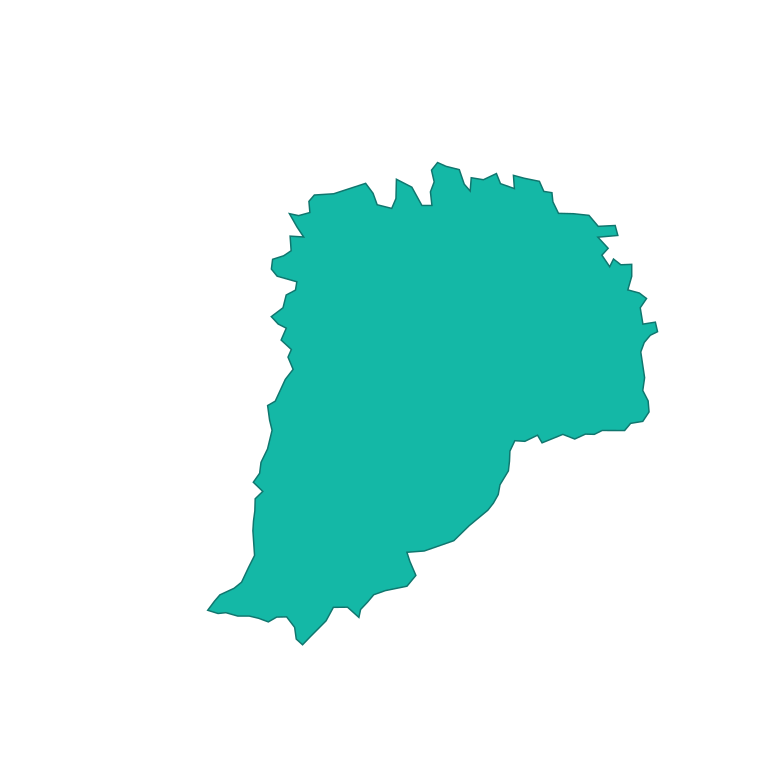 the district of Bom Jesus do Sul, Paraná, Brazil, rotated 321°
{"feature_id": "56859067B42823585611232", "entity_name": "Bom Jesus do Sul", "entity_type": "district", "adm_level": 2, "iso_a3": "BRA", "parent_name": "Brazil", "parent_adm1": "Paraná", "projection": "albers", "projection_center": [-53.552, -26.155], "detail": "fine", "context": "isolated", "style": "filled", "palette": "teal", "viewbox_px": 768, "rotation_deg": 321, "n_neighbors": 0, "source": "geoboundaries", "source_scale": "gbopen_adm2", "svg_char_len": 1959}
<svg xmlns="http://www.w3.org/2000/svg" viewBox="0 0 768 768"><g transform="rotate(321 384 384)"><path d="M629.5,515.5L633.8,506.7L622.9,500.4L631.1,486.0L641.8,482.8L639.7,474.0L632.7,464.3L644.3,456.2L651.8,446.9L643.1,440.4L641.0,431.3L633.2,434.9L634.4,421.0L643.6,419.6L642.6,404.5L659.2,415.7L663.4,406.3L649.7,396.3L649.4,381.9L638.3,370.8L627.0,361.2L629.9,348.7L634.9,341.0L629.4,334.9L632.3,324.3L622.5,312.4L615.9,303.3L608.3,314.2L600.6,301.6L603.8,291.2L589.8,287.8L581.6,278.6L572.4,288.3L572.1,279.2L577.4,264.8L569.2,253.9L565.0,245.6L555.5,247.7L550.2,258.5L541.0,263.9L533.6,275.4L525.8,269.1L529.5,248.6L522.5,232.7L510.0,247.4L500.5,252.4L491.5,240.4L495.5,228.9L496.0,216.5L464.6,204.5L448.8,193.3L440.6,194.8L434.3,204.1L423.6,199.4L417.7,192.1L415.2,207.3L414.1,219.2L404.1,210.0L395.7,222.0L386.7,221.2L375.9,217.0L368.8,223.8L368.8,233.0L380.6,249.7L374.3,255.3L364.0,253.3L353.5,261.2L338.8,260.7L339.5,270.9L343.2,279.1L331.7,285.1L333.7,298.9L326.3,302.7L322.6,315.4L310.2,318.3L288.7,328.9L280.0,327.5L272.4,340.0L267.9,349.5L252.6,361.2L239.1,367.5L231.2,375.1L220.6,378.1L222.2,391.2L211.7,392.1L203.8,401.3L196.4,408.3L189.8,415.5L175.5,435.8L163.1,441.4L148.6,448.4L138.9,448.4L123.8,444.6L115.6,446.1L104.6,448.9L110.6,457.9L117.2,462.2L124.3,472.3L133.3,479.6L139.0,487.0L144.4,496.1L153.9,497.6L161.8,503.7L161.4,516.9L155.3,527.0L156.6,535.4L167.7,534.0L189.9,531.6L204.1,525.7L215.2,534.5L217.6,549.6L223.9,544.5L234.2,543.1L243.4,541.3L255.0,545.4L274.6,555.6L288.3,552.8L292.5,538.0L295.9,529.2L310.2,539.1L339.7,549.7L361.1,547.7L385.4,547.4L394.1,545.4L403.2,541.8L410.7,535.3L426.0,529.8L433.0,522.9L439.6,515.4L450.0,510.4L457.4,517.2L471.1,520.4L469.8,529.2L491.3,535.7L497.6,546.8L509.0,549.7L515.8,555.5L524.3,557.4L541.7,571.6L550.9,569.8L561.6,575.9L572.4,572.5L578.6,563.4L581.0,551.9L590.5,543.1L603.7,520.7L612.4,515.5L621.6,513.7L629.5,515.5Z" fill="#14b8a6" stroke="#0f766e" stroke-width="1.5"/></g></svg>